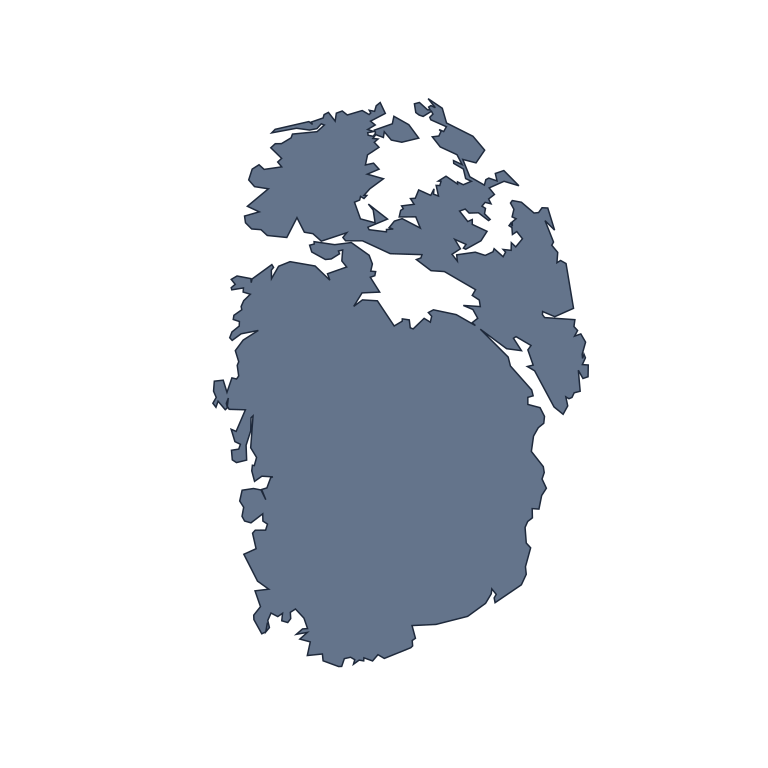 Fedje nor, Norway, rotated 23°
{"feature_id": "86288312B30337724533689", "entity_name": "Fedje nor", "entity_type": "district", "adm_level": 2, "iso_a3": "NOR", "parent_name": "Norway", "parent_adm1": "", "projection": "orthographic", "projection_center": [4.716, 60.769], "detail": "fine", "context": "isolated", "style": "filled", "palette": "slate", "viewbox_px": 768, "rotation_deg": 23, "n_neighbors": 0, "source": "geoboundaries", "source_scale": "gbopen_adm2", "svg_char_len": 6170}
<svg xmlns="http://www.w3.org/2000/svg" viewBox="0 0 768 768"><g transform="rotate(23 384 384)"><path d="M329.9,107.4L313.1,104.1L323.3,109.6L318.4,109.4L316.9,111.6L319.3,113.7L316.9,114.6L306.6,111.0L302.5,114.2L307.2,121.7L311.2,122.7L315.5,122.4L321.1,114.4L323.6,116.4L321.9,120.6L323.8,122.5L340.9,122.8L340.3,128.3L335.4,128.2L337.8,129.3L337.6,134.3L331.9,137.6L343.1,143.8L361.6,144.4L370.2,151.5L360.7,151.2L362.0,153.7L373.1,155.1L378.9,163.0L385.2,163.3L379.1,169.6L372.7,169.2L373.6,171.2L359.9,168.5L354.7,176.0L357.3,175.1L357.8,179.5L354.4,180.8L360.7,189.7L355.4,189.9L353.8,184.8L353.3,192.1L340.1,191.8L340.2,200.8L335.9,203.0L341.5,206.8L330.6,213.2L333.3,215.1L331.5,217.7L332.7,224.3L347.9,217.7L356.5,226.3L336.1,224.7L329.9,230.0L327.6,238.1L332.0,237.8L325.9,240.8L326.8,243.0L310.0,247.8L307.9,246.0L322.8,230.8L299.3,224.5L306.1,228.1L312.8,239.1L297.8,241.2L285.8,228.2L289.7,224.2L289.1,220.5L293.1,221.1L294.5,217.2L291.9,218.1L294.7,209.8L303.3,195.3L286.6,197.4L295.5,188.2L288.1,184.8L281.3,189.6L279.3,179.5L286.9,168.1L280.6,165.3L282.8,160.8L277.8,162.3L279.0,157.7L287.1,157.3L285.7,151.7L295.4,156.6L305.9,154.5L319.9,144.1L305.5,135.6L288.5,133.7L290.0,141.2L275.9,154.1L278.2,156.3L277.3,160.2L272.2,161.2L270.8,159.1L275.9,155.6L269.5,156.1L274.7,149.0L268.9,147.3L279.5,134.4L270.5,126.4L268.1,130.9L268.8,136.7L263.5,137.8L265.9,139.7L265.0,141.8L257.1,140.8L245.1,150.7L238.9,149.0L234.3,153.3L236.3,161.1L226.7,155.7L223.6,159.4L224.0,162.9L214.6,171.4L216.8,173.0L212.3,171.8L184.3,192.1L182.5,196.7L203.5,182.8L216.3,179.3L222.5,175.1L224.6,169.0L227.9,168.9L223.8,177.9L202.1,189.7L202.3,193.7L195.7,202.8L190.0,205.3L187.5,210.8L201.6,216.3L199.4,221.2L205.0,224.1L189.8,233.3L183.3,231.0L178.7,237.7L179.7,249.0L187.7,252.9L201.3,249.5L188.8,273.8L201.9,274.3L190.0,283.9L193.5,289.7L201.6,293.0L210.5,290.0L218.5,292.9L237.3,287.1L238.9,264.9L251.4,275.4L259.8,273.4L270.5,277.0L290.6,259.3L288.9,265.2L292.7,267.2L308.2,260.6L338.8,261.6L368.4,250.1L368.7,253.5L365.2,256.8L383.0,261.3L395.7,256.9L431.4,261.4L430.6,268.0L438.9,269.5L442.4,275.1L426.3,280.7L436.7,280.7L444.6,286.9L441.2,293.1L445.3,294.5L423.4,291.9L400.5,296.4L396.9,300.9L401.4,303.0L402.5,309.0L395.3,307.9L389.3,321.9L386.2,322.0L382.2,315.1L375.4,316.9L376.2,319.1L370.7,326.6L345.4,310.0L331.3,315.0L325.8,324.4L328.2,308.7L344.1,301.1L329.7,291.1L333.2,287.9L332.4,283.8L327.7,285.3L326.4,278.0L320.0,271.3L298.6,266.6L284.2,275.0L264.0,280.3L265.1,282.4L261.3,285.3L265.9,290.7L281.4,292.3L286.6,289.5L292.2,281.5L290.1,279.4L293.6,276.8L297.1,287.2L303.9,290.9L288.9,304.6L293.6,309.6L274.5,302.3L249.7,308.1L241.0,316.8L239.3,331.0L235.8,323.2L236.8,319.8L234.1,317.9L221.5,338.9L222.2,342.6L220.3,339.0L206.5,342.0L202.5,347.4L208.1,350.4L205.7,355.0L207.1,356.8L217.1,350.5L218.4,354.4L225.9,353.6L222.3,362.1L222.2,368.5L224.1,371.2L219.0,379.4L220.0,383.5L226.5,383.0L228.1,387.2L223.7,395.5L223.9,401.7L227.2,403.2L232.9,393.6L247.4,383.8L237.2,398.6L234.1,411.4L241.6,420.3L241.6,424.2L247.1,433.4L246.3,437.0L241.6,437.8L242.7,453.0L234.5,443.3L226.7,447.7L229.9,457.2L234.8,461.9L234.0,468.6L238.4,471.1L238.0,464.7L247.9,469.7L249.1,467.1L246.4,463.4L246.2,457.7L248.5,465.8L251.4,467.8L266.5,461.9L266.4,485.4L261.0,485.4L269.3,495.3L275.4,495.6L275.7,500.7L269.5,504.6L274.0,513.1L278.9,514.0L287.3,507.7L281.0,494.3L279.6,479.2L274.8,467.0L275.9,464.5L286.2,494.8L295.4,501.4L296.5,509.8L294.6,510.2L296.2,515.6L302.9,524.2L307.6,516.6L318.0,512.9L316.3,514.6L316.8,525.4L312.6,528.9L320.4,536.7L312.2,529.6L304.7,531.2L294.9,537.2L296.9,548.1L303.0,552.3L305.0,561.3L309.2,564.6L315.8,563.8L323.1,550.9L326.1,557.5L331.5,558.5L332.1,564.8L322.6,568.9L321.3,572.7L330.6,585.6L321.5,595.5L344.6,614.9L358.1,617.9L346.1,624.8L357.3,637.2L354.4,647.7L356.3,651.7L369.1,661.7L372.0,658.4L369.9,649.2L372.1,658.3L373.7,653.0L369.4,647.1L369.5,639.0L377.1,639.6L380.2,634.7L382.4,641.9L388.6,641.2L389.8,636.4L387.0,630.8L390.4,625.7L401.8,630.8L409.2,639.0L404.7,641.3L401.1,648.7L410.5,642.6L406.2,651.7L416.9,650.2L419.5,663.9L432.8,656.6L436.1,662.6L452.7,661.8L455.4,660.5L454.8,652.3L460.0,648.6L464.8,649.2L465.4,653.9L469.0,647.9L473.5,646.8L472.5,643.9L481.7,643.4L484.2,635.5L491.5,636.5L511.7,616.3L512.7,613.9L510.2,609.1L512.3,605.8L504.2,595.4L525.8,585.0L551.8,565.2L563.2,546.2L564.7,535.2L563.3,530.5L569.5,533.8L569.0,537.9L571.7,541.9L588.9,515.2L589.3,503.6L585.6,496.9L583.0,477.5L577.1,474.8L569.9,460.9L570.0,454.4L572.9,449.2L569.1,440.8L575.5,438.6L572.7,425.0L574.2,416.5L566.6,409.7L566.1,402.9L562.9,397.8L546.0,388.5L542.0,373.5L543.1,363.9L546.4,357.7L544.4,351.1L536.9,344.8L524.4,346.6L521.6,340.1L525.9,336.6L522.3,331.8L493.3,318.0L487.8,310.7L451.2,295.9L483.1,303.6L497.5,299.6L485.3,291.3L487.0,288.8L504.3,291.1L503.1,296.4L513.9,308.3L509.1,311.9L517.5,313.0L549.5,338.7L560.7,341.9L561.7,332.4L556.4,324.8L560.0,325.3L562.3,322.9L562.5,317.8L567.4,314.0L557.5,295.4L565.0,301.2L569.0,297.6L564.6,286.7L559.0,288.6L559.2,281.2L556.4,278.4L556.8,282.9L554.8,279.2L553.2,266.7L545.6,261.0L540.7,265.5L541.3,259.1L536.4,256.9L534.6,250.2L505.9,260.1L502.7,258.2L501.7,255.3L514.9,255.3L528.9,240.3L504.5,202.0L498.3,201.3L495.8,204.8L492.5,195.0L484.2,190.7L484.6,187.1L468.4,170.7L480.9,175.7L466.0,158.0L460.6,160.0L459.3,165.8L455.3,168.0L439.5,163.0L430.4,165.0L429.7,168.0L435.3,172.4L436.6,180.1L441.0,180.3L438.7,184.7L440.5,188.6L437.9,186.2L437.2,189.4L440.6,190.0L443.8,196.2L446.7,191.8L454.7,196.2L451.7,206.3L446.0,204.2L448.8,211.3L441.1,213.6L444.4,215.1L443.9,220.3L432.5,216.4L432.7,219.7L426.9,226.1L416.5,227.0L400.4,236.7L403.5,242.2L395.9,238.0L401.5,229.7L392.6,223.2L405.0,223.4L404.0,227.9L406.6,228.0L417.3,214.3L419.2,203.2L402.9,202.6L401.0,198.1L397.6,201.7L386.0,195.3L390.4,191.2L395.6,193.4L404.0,189.5L416.4,192.7L417.4,191.0L410.0,188.0L408.8,182.7L404.7,182.0L406.1,177.3L412.1,176.3L408.0,172.8L411.6,166.4L404.2,162.4L415.3,150.5L430.7,148.8L410.9,140.7L404.2,146.7L408.7,152.9L400.0,153.5L397.9,156.1L398.7,161.7L382.0,159.7L368.8,146.5L382.3,144.5L385.3,129.4L369.1,121.2L339.6,119.3L329.9,107.4Z" fill="#64748b" stroke="#1e293b" stroke-width="1.5"/></g></svg>